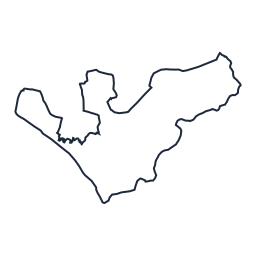 St. Paul River, Montserrado, Liberia
{"feature_id": "62588387B63326242332262", "entity_name": "St. Paul River", "entity_type": "district", "adm_level": 2, "iso_a3": "LBR", "parent_name": "Liberia", "parent_adm1": "Montserrado", "projection": "robinson", "projection_center": [-10.782, 6.5], "detail": "fine", "context": "isolated", "style": "outline", "palette": "slate", "viewbox_px": 256, "rotation_deg": 0, "n_neighbors": 0, "source": "geoboundaries", "source_scale": "gbopen_adm2", "svg_char_len": 5369}
<svg xmlns="http://www.w3.org/2000/svg" viewBox="0 0 256 256"><path d="M215.7,110.2L216.7,110.6L218.1,110.1L219.3,108.4L219.9,106.2L222.1,105.4L225.1,104.6L225.3,104.2L226.0,103.1L227.0,101.7L227.7,99.9L227.8,99.6L229.1,97.4L230.1,96.0L230.6,95.8L232.6,95.0L234.8,95.2L236.7,94.0L238.0,92.7L238.0,90.9L238.0,90.6L238.4,88.8L239.3,86.6L240.6,85.4L240.3,84.1L240.0,83.7L237.9,81.3L236.7,79.9L234.1,77.7L233.4,76.2L233.1,74.2L233.1,71.8L232.3,70.5L231.5,69.1L230.3,67.7L230.1,66.1L231.2,63.1L230.4,61.2L229.8,60.7L228.4,59.5L227.3,58.4L226.3,56.8L224.6,56.7L224.5,56.0L222.0,55.0L220.4,53.4L219.9,53.0L219.1,54.3L217.6,57.1L216.5,59.6L212.7,61.1L207.5,63.2L204.2,64.5L200.8,65.9L198.2,66.9L196.3,67.5L191.0,69.1L190.3,69.3L189.8,69.4L187.8,70.1L186.3,70.5L185.9,70.5L182.9,71.1L181.3,70.5L178.4,69.5L177.8,69.5L176.4,69.6L175.2,69.6L170.6,69.5L170.3,69.5L166.0,69.2L163.3,69.5L161.1,69.7L160.7,69.9L158.9,70.7L154.6,72.9L153.6,73.5L153.4,74.0L151.8,76.9L151.3,78.0L150.7,80.5L150.0,83.4L149.7,84.2L149.4,85.7L149.9,86.2L151.4,87.7L150.7,88.3L146.0,93.0L143.9,95.2L142.7,96.5L137.0,102.8L136.5,103.3L130.7,109.0L128.3,111.8L127.4,111.9L126.8,112.3L119.0,113.2L118.9,113.2L118.2,113.0L114.6,112.3L113.3,111.4L112.0,110.3L111.2,110.0L110.7,109.5L107.4,102.1L110.5,98.3L110.7,98.6L111.2,98.9L111.3,98.4L112.2,98.1L113.9,97.8L114.3,97.7L116.1,97.1L116.7,95.5L116.3,94.0L115.2,91.9L114.3,90.6L113.4,89.3L113.4,88.5L113.7,85.4L113.9,83.0L113.6,80.3L113.6,79.3L113.3,77.2L113.2,77.0L113.0,76.1L112.9,75.6L112.4,75.2L112.1,75.0L111.4,74.6L111.2,74.5L110.6,74.4L108.5,74.2L106.0,73.6L102.5,72.7L100.9,72.3L99.6,71.9L99.0,71.7L96.8,70.2L96.2,69.8L95.7,69.9L94.3,70.2L91.0,71.0L87.8,71.6L87.6,71.6L87.4,72.4L87.2,72.8L86.6,74.6L86.5,74.8L87.3,79.8L87.3,80.8L86.6,81.3L85.2,81.8L84.9,82.6L84.8,82.8L84.7,83.1L84.6,83.4L83.8,83.6L83.3,83.5L82.8,83.5L81.2,83.6L80.0,83.7L79.8,84.2L80.0,84.5L80.2,84.9L80.9,87.2L81.9,89.9L82.1,92.9L82.2,94.7L82.5,95.6L82.9,96.5L83.1,97.0L83.5,100.5L83.6,104.1L83.6,104.3L83.6,105.5L83.7,108.8L83.5,110.6L84.3,111.0L85.2,111.1L85.4,111.1L88.2,111.9L89.4,112.3L92.1,113.2L92.4,113.4L92.9,113.3L94.2,113.7L96.1,114.4L97.6,114.8L98.0,115.1L98.7,115.6L98.8,117.8L99.2,119.2L99.2,119.4L99.5,120.6L99.8,123.1L99.3,123.7L98.9,124.5L98.6,124.9L97.6,126.9L97.7,127.7L98.0,129.3L98.4,131.3L98.8,132.6L98.7,133.4L98.8,133.6L98.6,133.5L98.1,133.4L97.8,133.3L97.0,132.7L96.6,132.7L96.4,132.9L96.1,133.7L95.4,134.1L94.8,133.8L92.9,133.2L92.5,133.1L90.7,132.9L90.1,133.1L89.9,133.1L89.7,133.2L88.4,134.3L87.7,135.5L86.9,136.2L86.7,136.4L85.5,137.5L85.4,137.9L85.3,138.1L85.3,138.8L85.2,139.5L85.2,140.1L84.5,141.0L83.0,142.1L82.0,143.8L81.7,144.2L81.3,143.7L81.4,142.4L80.9,142.1L80.1,142.4L79.7,142.1L79.8,141.4L79.9,140.5L78.8,140.5L78.8,140.3L78.7,139.5L78.6,139.2L78.1,138.6L77.3,138.4L76.6,138.6L75.7,139.4L74.6,140.2L74.0,140.1L73.8,139.1L73.5,138.0L73.1,137.9L73.0,138.4L73.0,138.9L72.8,139.9L72.2,141.7L71.7,142.2L71.3,142.7L70.3,142.6L70.1,142.6L70.2,141.9L70.6,141.0L70.7,140.3L69.9,139.8L69.6,139.6L68.7,139.1L67.8,138.9L67.4,138.8L66.5,139.5L65.9,139.9L65.8,140.1L64.9,140.9L64.9,141.5L64.5,142.1L64.3,142.4L63.6,142.1L63.1,141.1L63.2,140.4L63.9,140.1L64.0,140.0L64.2,139.2L63.7,138.8L62.8,138.4L62.7,138.6L62.4,139.0L62.2,139.5L61.6,139.5L61.4,139.1L61.1,138.5L60.9,138.6L60.7,138.9L60.5,139.3L60.3,140.3L60.1,140.4L59.5,140.7L59.4,140.6L58.8,140.4L58.6,140.2L58.8,139.7L59.2,138.6L59.4,137.9L59.1,137.1L58.9,136.1L59.2,135.7L59.7,135.1L59.8,134.7L59.1,134.5L58.9,134.4L58.1,133.7L57.4,133.1L57.1,132.9L58.1,131.8L58.8,129.7L59.9,127.3L59.9,127.0L60.9,122.1L61.9,118.5L62.0,118.3L61.5,117.9L61.1,117.8L58.8,117.4L56.3,116.9L55.5,116.7L52.0,115.1L50.2,113.7L48.5,110.3L48.0,109.0L47.0,106.9L46.7,106.0L46.3,105.2L46.1,104.9L45.6,103.7L45.3,103.3L44.8,102.5L43.9,101.3L43.4,100.6L43.3,100.2L42.6,97.3L42.0,95.7L41.5,94.2L41.0,93.2L40.0,91.3L39.8,91.3L39.1,91.1L33.5,89.7L32.4,89.4L32.1,89.4L31.9,89.3L31.5,89.4L31.1,89.5L28.2,89.1L27.1,89.0L26.4,88.8L25.8,88.7L25.7,88.7L24.3,88.7L23.2,89.8L23.4,90.1L23.5,90.5L21.4,90.8L19.5,94.1L19.3,94.5L17.9,98.5L17.0,103.4L16.4,106.8L16.1,108.2L15.4,111.8L16.6,114.2L18.9,116.2L24.2,119.2L28.8,122.5L33.3,125.7L34.1,126.3L40.8,130.6L42.7,133.4L51.3,139.2L60.5,146.6L65.9,150.9L69.1,153.4L72.1,156.9L75.2,160.5L79.0,165.9L82.0,171.0L83.0,172.7L85.1,175.3L86.7,176.6L91.7,181.0L92.3,181.9L96.1,187.3L96.3,190.1L96.7,190.9L97.6,192.9L99.6,196.3L99.8,196.6L102.7,202.5L104.5,203.0L108.5,200.6L109.8,197.2L110.3,196.7L111.6,195.2L112.2,194.5L112.7,194.5L114.7,194.2L114.9,194.2L115.7,194.1L117.0,193.9L121.4,192.4L124.2,192.0L129.6,191.3L134.5,189.8L135.7,185.5L136.0,184.6L136.4,183.5L137.2,181.1L139.1,179.4L140.3,178.5L141.7,178.9L142.0,179.0L145.1,180.4L145.3,181.1L145.5,181.6L148.5,181.2L150.5,180.6L153.1,180.6L155.2,178.0L156.0,175.7L156.2,175.2L154.6,171.3L154.5,170.9L153.9,168.2L155.0,165.3L155.7,161.1L156.8,158.9L157.4,157.9L159.0,154.8L161.6,152.0L164.3,150.5L168.3,149.7L170.4,148.2L172.4,146.8L176.1,144.3L176.5,143.5L178.9,139.8L180.1,136.9L180.7,135.4L181.3,130.8L180.4,128.6L178.8,127.3L177.7,126.4L175.9,125.0L176.3,123.2L177.6,120.7L179.9,119.3L182.1,119.2L184.9,120.4L186.0,120.6L187.4,120.7L190.2,120.9L190.3,121.0L193.3,119.7L194.7,118.1L196.0,116.4L198.6,114.7L198.9,114.5L202.5,113.1L206.0,111.2L211.0,109.8L212.3,109.0L215.3,110.0L215.7,110.2Z" fill="none" stroke="#1e293b" stroke-width="2"/></svg>